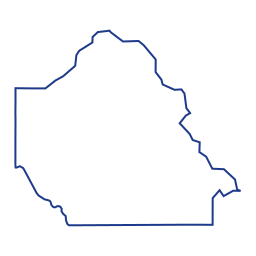 the district of De Soto, Louisiana, United States of America
{"feature_id": "52423323B38676276985522", "entity_name": "De Soto", "entity_type": "district", "adm_level": 2, "iso_a3": "USA", "parent_name": "United States of America", "parent_adm1": "Louisiana", "projection": "robinson", "projection_center": [-93.77, 32.094], "detail": "fine", "context": "isolated", "style": "outline", "palette": "blue", "viewbox_px": 256, "rotation_deg": 0, "n_neighbors": 0, "source": "geoboundaries", "source_scale": "gbopen_adm2", "svg_char_len": 981}
<svg xmlns="http://www.w3.org/2000/svg" viewBox="0 0 256 256"><path d="M15.5,88.2L15.5,99.6L15.5,103.0L15.4,110.8L15.4,115.8L15.5,117.9L15.4,142.7L15.4,164.8L15.6,167.5L16.8,167.5L19.8,166.2L23.2,168.1L25.2,171.7L36.7,193.2L38.6,195.5L44.6,199.4L47.8,200.1L49.7,200.8L50.6,202.0L51.5,205.2L53.0,206.8L54.3,207.4L55.7,207.1L56.9,206.3L59.0,206.1L60.6,207.1L61.7,208.9L61.5,211.2L63.1,213.8L65.7,216.1L66.0,220.2L67.3,223.9L68.9,225.3L189.8,224.7L212.6,224.8L212.7,198.1L219.6,190.2L223.6,196.1L233.3,190.7L240.6,190.9L237.2,189.6L235.0,179.5L223.9,169.2L212.3,168.7L206.2,156.7L199.4,152.1L199.7,142.3L192.7,140.0L189.7,134.0L179.7,123.3L185.8,115.6L190.1,113.1L186.4,108.2L184.5,93.6L181.4,89.4L174.5,89.8L162.7,84.5L161.4,79.6L155.6,72.1L155.7,59.5L143.7,45.2L138.6,41.0L132.0,41.2L123.0,41.5L110.8,32.3L109.5,30.7L97.8,32.1L92.6,37.0L92.4,42.5L79.3,50.7L76.4,55.1L75.2,65.8L63.1,76.3L55.6,80.4L45.4,88.4L32.7,88.4L15.5,88.2Z" fill="none" stroke="#1e3a8a" stroke-width="2"/></svg>